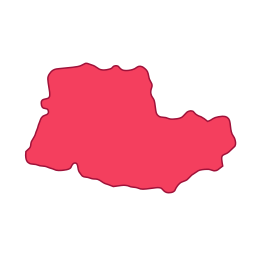 outline of Imbert, Puerto Plata, Dominican Republic, rotated 353°
{"feature_id": "3306468B41298949605028", "entity_name": "Imbert", "entity_type": "district", "adm_level": 2, "iso_a3": "DOM", "parent_name": "Dominican Republic", "parent_adm1": "Puerto Plata", "projection": "mercator", "projection_center": [-70.857, 19.757], "detail": "fine", "context": "isolated", "style": "filled", "palette": "rose", "viewbox_px": 256, "rotation_deg": 353, "n_neighbors": 0, "source": "geoboundaries", "source_scale": "gbopen_adm2", "svg_char_len": 3409}
<svg xmlns="http://www.w3.org/2000/svg" viewBox="0 0 256 256"><g transform="rotate(353 128 128)"><path d="M217.4,177.3L217.2,173.7L217.2,170.4L217.4,168.9L217.6,168.2L217.9,167.6L218.3,167.0L219.4,166.3L223.2,165.1L225.1,164.1L231.5,159.4L232.0,158.9L232.6,157.6L232.8,156.9L233.0,155.3L232.9,153.7L232.7,152.1L232.3,150.6L230.6,146.8L230.1,144.4L229.9,141.8L229.9,135.8L229.7,133.3L229.5,132.5L228.9,131.0L228.5,130.5L227.5,129.4L226.3,128.7L225.6,128.4L223.2,127.9L219.2,127.9L215.9,128.3L213.7,129.0L210.7,130.4L207.9,131.2L204.7,128.0L201.9,125.8L199.4,124.5L198.3,123.7L196.8,122.4L195.0,119.9L194.6,119.4L194.0,119.1L192.7,118.7L192.1,118.6L190.7,118.7L189.3,119.1L188.6,119.4L187.4,120.3L184.5,122.7L183.2,123.6L182.5,124.0L181.8,124.2L180.2,124.6L177.8,124.8L174.5,124.7L172.9,124.6L171.3,124.3L169.9,123.8L166.8,122.3L161.9,121.1L160.6,120.5L159.6,119.6L158.7,118.5L158.4,117.9L157.9,116.4L157.7,114.0L157.6,106.7L157.4,104.3L157.0,102.7L155.3,99.0L154.9,96.8L154.9,95.4L155.2,93.9L155.6,92.6L156.4,90.8L156.9,89.6L157.1,88.2L156.9,86.8L155.3,82.5L155.0,81.0L154.6,76.5L154.1,74.3L153.3,72.8L152.4,71.6L150.8,69.9L149.6,69.0L148.2,68.4L147.5,68.2L146.0,68.2L144.7,68.6L141.8,70.0L139.5,70.6L137.9,70.8L135.4,70.9L133.8,70.8L132.2,70.6L130.6,70.2L129.3,69.6L127.8,68.3L126.0,65.8L125.6,65.4L124.5,64.9L123.3,64.7L122.0,64.8L121.5,64.9L120.5,65.5L119.3,66.5L118.8,66.8L117.4,67.2L115.9,67.4L113.5,67.6L111.1,67.5L109.5,67.2L107.9,66.7L106.6,66.0L102.4,62.5L101.1,61.7L95.6,59.0L94.4,58.7L93.5,58.7L88.7,60.4L87.1,60.7L85.4,60.9L80.3,61.0L66.7,60.7L64.2,60.7L62.5,60.9L60.9,61.4L59.5,62.1L58.3,63.0L56.7,64.7L55.7,65.9L55.0,67.3L54.7,68.1L54.4,69.8L54.3,73.3L54.6,82.9L54.4,85.4L54.1,86.9L53.7,87.5L53.3,88.1L52.7,88.5L52.0,88.8L50.7,89.0L48.0,89.3L46.6,89.7L46.1,90.1L45.6,90.7L45.2,91.3L44.9,92.8L44.9,95.0L45.3,96.4L45.6,97.1L46.1,97.6L46.6,98.0L49.7,99.1L50.2,99.5L50.6,99.9L50.8,100.5L51.0,101.7L50.9,102.9L50.6,103.5L50.2,104.0L49.2,104.7L46.2,105.5L44.9,106.0L43.9,106.8L42.9,107.8L42.2,109.0L40.9,111.5L39.6,113.9L38.2,117.2L36.2,120.9L35.0,123.5L34.2,124.8L31.4,128.5L30.5,129.7L29.9,131.1L29.2,133.7L28.7,134.9L27.9,135.9L23.8,138.9L23.1,142.6L23.0,144.9L23.1,146.5L23.4,147.9L23.7,148.6L24.0,149.3L24.9,150.3L26.0,151.2L27.3,151.8L32.2,153.0L35.9,154.7L38.8,155.4L40.9,155.9L42.2,156.4L45.2,158.0L47.9,159.2L51.5,161.1L53.9,161.7L57.1,162.0L59.5,162.0L61.9,161.9L63.5,161.7L64.9,161.3L66.0,160.7L66.5,160.2L67.7,158.3L68.9,157.0L69.9,156.4L70.6,156.3L71.2,156.3L71.8,156.5L72.4,156.8L72.9,157.4L73.1,158.0L73.4,159.3L73.6,163.1L73.7,163.9L74.1,165.4L74.7,166.6L76.0,168.9L76.7,170.0L77.2,170.4L78.4,171.1L82.3,172.2L86.0,173.9L87.4,174.3L90.2,174.8L91.7,175.3L93.5,176.4L96.8,179.2L97.9,180.0L99.0,180.6L101.8,181.9L106.3,184.3L114.3,184.2L116.8,184.3L118.4,184.6L120.6,185.2L123.6,186.7L125.0,187.1L128.6,188.0L129.9,188.5L133.0,190.0L135.3,190.5L138.6,190.7L148.7,190.7L150.3,190.8L151.8,191.1L153.1,191.5L153.7,191.9L154.2,192.4L156.0,194.8L156.9,195.7L158.1,196.5L158.8,196.8L160.4,197.2L162.8,197.3L164.3,197.1L165.0,196.9L166.3,196.2L166.8,195.8L168.2,193.6L169.6,191.9L171.2,190.3L173.1,188.9L174.4,188.3L178.6,187.2L180.0,186.7L181.3,185.8L185.5,182.5L192.5,179.0L194.0,178.6L196.4,178.4L198.9,178.4L201.3,178.6L202.9,178.8L204.4,179.3L206.8,180.4L208.0,180.9L208.7,181.0L210.1,181.0L210.8,180.9L212.1,180.4L217.4,177.3Z" fill="#f43f5e" stroke="#9f1239" stroke-width="1.5"/></g></svg>